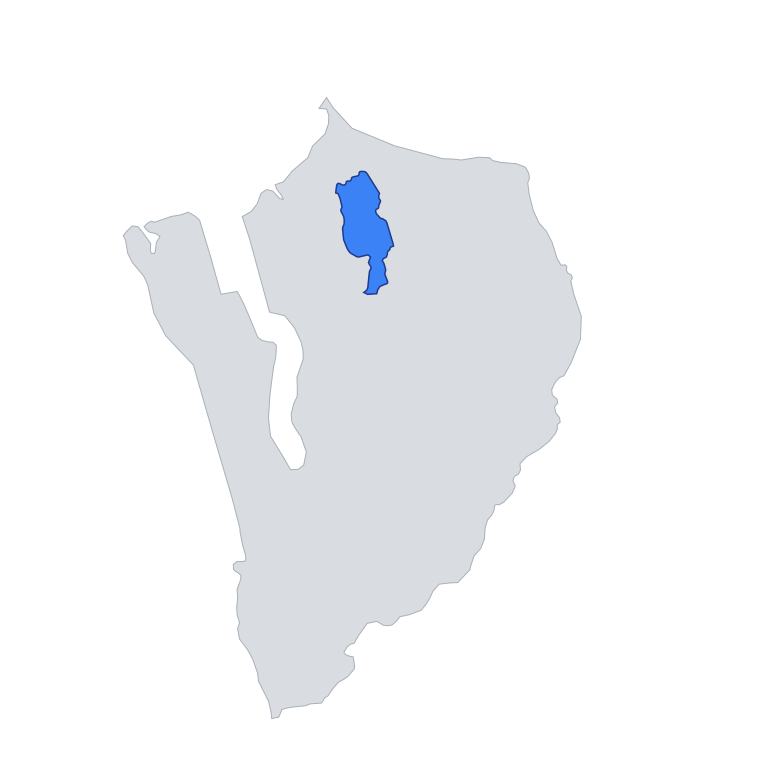 Diourbel on a map of Senegal (Albers equal-area conic projection), rotated 74°
{"feature_id": "SEN-763", "entity_name": "Diourbel", "entity_type": "Region", "adm_level": 1, "iso_a3": "SEN", "parent_name": "Senegal", "parent_adm1": "", "projection": "albers", "projection_center": [-16.16, 14.769], "detail": "fine", "context": "in_parent", "style": "filled", "palette": "blue", "viewbox_px": 768, "rotation_deg": 74, "n_neighbors": 0, "source": "natural_earth", "source_scale": "10m", "svg_char_len": 5283}
<svg xmlns="http://www.w3.org/2000/svg" viewBox="0 0 768 768"><g transform="rotate(74 384 384)"><path d="M586.1,352.4L595.2,367.8L593.4,375.3L591.6,386.3L596.8,394.2L602.7,399.2L607.0,403.9L611.7,410.4L612.7,423.5L612.1,432.9L615.2,437.1L617.8,442.5L617.4,447.0L615.8,451.0L610.2,456.3L609.5,466.2L618.8,477.8L624.9,484.2L624.9,487.9L626.6,491.9L631.0,496.6L633.7,495.4L636.6,491.5L637.8,488.8L645.8,489.8L649.5,490.9L654.8,498.6L656.7,503.7L658.1,510.1L663.5,518.1L668.3,523.7L669.3,527.3L673.5,532.0L671.2,542.7L671.6,548.2L669.1,562.6L668.6,569.4L668.8,571.9L675.2,576.9L674.7,584.1L668.3,583.0L657.2,582.4L635.0,586.6L627.4,585.2L612.8,586.0L602.4,588.2L589.3,593.2L579.0,592.2L573.4,588.6L566.1,588.9L557.9,587.1L549.1,583.6L541.0,581.9L532.3,575.5L528.3,574.3L525.5,576.1L523.1,578.4L520.6,579.7L515.9,578.6L514.1,574.1L515.5,569.8L515.9,566.5L513.7,564.7L508.4,564.2L499.9,564.3L486.2,563.1L483.1,562.3L452.4,561.5L420.6,561.7L393.6,561.9L359.6,562.0L335.6,562.0L313.3,562.0L296.1,570.9L277.5,580.5L252.4,585.7L223.4,583.8L214.2,585.2L204.6,589.4L197.6,592.5L187.6,594.3L174.8,592.8L169.6,593.7L166.3,589.3L162.7,582.3L165.0,577.1L172.8,573.8L184.7,569.5L190.8,571.7L194.4,571.8L195.1,569.0L194.0,567.5L185.1,563.7L180.5,558.7L176.6,561.7L173.3,567.8L170.6,569.6L166.6,571.3L164.3,567.1L163.3,563.1L165.2,560.0L164.3,542.4L165.4,533.0L164.9,524.8L170.4,519.5L175.7,516.1L196.3,515.9L215.5,515.6L234.0,515.8L252.8,515.9L254.6,499.6L260.5,498.3L269.5,496.6L286.0,494.5L304.5,492.5L308.4,489.3L311.5,483.9L313.4,479.0L317.2,476.9L322.4,478.5L329.2,481.0L336.2,485.0L344.3,488.6L349.7,490.9L362.6,496.5L384.7,504.4L402.9,507.5L424.7,501.4L440.5,497.5L442.4,490.4L439.9,483.6L428.0,477.4L412.0,478.3L407.1,480.0L399.7,482.1L395.2,483.0L387.6,481.6L378.0,476.2L371.9,470.8L363.5,468.3L353.5,465.8L337.4,454.6L329.0,452.6L321.1,452.1L305.9,454.4L291.1,460.5L283.3,474.2L268.5,474.0L236.9,473.6L207.9,473.2L184.0,474.1L181.6,464.2L175.9,456.3L166.7,449.5L164.7,443.2L167.9,437.8L176.8,433.3L178.8,430.1L174.1,430.6L167.1,433.4L162.4,433.6L161.9,424.9L154.1,413.7L145.4,394.8L135.5,387.0L127.2,371.6L118.6,365.7L110.6,363.0L103.8,363.5L101.2,370.5L92.8,360.3L104.4,356.8L129.3,344.3L157.9,308.3L183.5,265.6L186.9,255.5L190.0,247.9L192.1,230.4L195.7,220.0L199.2,218.0L203.5,210.0L208.7,196.1L214.6,188.3L221.2,186.8L226.3,187.4L230.0,190.3L240.7,192.1L258.4,192.7L272.2,190.6L281.9,185.8L294.6,183.3L310.4,183.1L318.6,181.1L319.4,177.0L321.5,175.8L324.8,177.4L327.9,176.8L330.8,173.9L333.7,173.7L336.6,176.1L349.8,176.8L373.3,175.7L395.1,182.8L415.2,198.3L425.6,208.7L426.3,213.9L429.7,219.1L435.7,224.4L441.2,225.3L446.1,221.9L450.0,222.2L452.9,226.3L458.6,227.0L464.9,224.5L469.5,225.3L470.3,227.7L471.4,229.0L474.5,229.5L478.6,232.6L484.5,240.8L489.4,252.4L493.3,267.2L498.2,275.3L504.2,276.5L507.7,279.5L508.4,283.0L510.2,285.4L513.1,286.7L518.2,285.9L524.2,290.8L530.7,301.6L531.8,306.6L530.8,309.2L531.3,311.1L535.5,312.9L539.6,316.4L543.0,321.8L550.1,326.4L561.1,330.4L569.0,336.6L574.0,344.8L584.0,351.6L586.1,352.4Z" fill="#d9dde1" stroke="#a8b0b8" stroke-width="1"/><path d="M272.5,350.8L275.1,351.0L275.5,351.2L276.5,351.9L277.2,352.3L278.6,352.8L279.5,352.9L285.7,352.3L286.9,352.4L287.7,352.6L288.0,353.0L288.3,353.5L288.8,359.3L289.4,361.4L291.8,364.1L295.2,366.1L293.3,375.0L290.4,378.2L289.1,374.8L286.9,373.0L274.5,368.1L271.4,366.7L269.2,364.5L267.5,364.3L264.9,365.2L262.9,365.4L258.2,362.0L257.9,362.3L256.7,362.9L256.2,363.2L255.8,363.6L255.6,364.1L255.4,364.6L255.0,372.8L254.7,374.0L254.5,374.4L254.3,374.9L249.2,379.9L248.8,380.2L246.5,381.3L243.3,382.1L235.4,382.9L234.1,383.0L223.8,381.1L222.5,380.7L221.6,380.3L220.6,379.3L219.4,378.4L218.5,378.0L215.3,377.0L212.2,376.6L211.2,376.7L206.3,377.7L205.6,377.7L205.0,377.6L204.2,377.1L203.7,376.7L202.9,376.0L202.5,375.7L201.6,375.5L193.6,375.1L189.4,375.5L188.2,375.9L187.1,377.7L185.1,377.0L180.4,374.9L179.2,374.2L178.9,373.8L178.7,373.4L178.6,372.9L178.6,372.3L179.0,371.6L179.7,370.7L181.1,369.2L181.6,368.3L181.8,367.5L181.7,366.9L181.6,366.3L181.3,365.9L181.0,365.5L180.6,365.2L179.7,364.8L179.3,364.5L179.0,364.2L178.9,363.7L178.9,362.9L179.1,362.1L179.4,361.1L179.4,360.7L179.4,360.2L179.2,359.8L178.9,359.5L178.5,359.2L178.1,358.9L177.2,358.5L176.8,358.2L176.6,357.7L176.5,357.2L176.3,356.0L176.4,355.5L176.6,354.5L176.7,352.0L176.6,351.4L176.4,350.9L176.1,350.5L175.7,350.3L175.3,350.1L174.4,349.8L174.0,349.6L173.5,349.1L173.3,348.8L173.2,348.3L173.7,346.2L174.2,344.7L175.1,343.3L176.9,342.3L199.5,335.8L199.9,336.0L200.1,336.2L200.3,336.4L201.4,337.1L202.3,337.4L202.9,337.5L203.8,337.6L205.1,337.4L205.9,337.2L206.3,337.0L206.4,336.9L206.5,336.9L207.0,336.9L207.4,337.0L210.6,339.5L211.0,339.8L212.5,340.4L213.2,340.8L213.5,341.2L213.7,341.7L213.7,342.3L213.8,342.8L214.0,343.3L214.3,343.7L214.6,344.0L215.1,344.2L215.7,344.4L216.5,344.5L217.8,344.4L218.9,344.1L223.4,341.8L224.2,341.2L224.5,340.0L227.5,337.3L229.7,336.8L252.7,336.6L254.1,336.9L254.1,337.8L254.2,339.0L254.3,339.6L254.5,340.1L254.8,340.5L255.1,340.8L255.5,341.0L256.2,341.3L256.5,341.5L256.8,341.9L257.3,343.3L257.6,343.7L257.9,344.1L258.3,344.3L260.7,345.4L262.3,346.5L262.6,346.8L262.8,347.3L262.9,347.8L263.0,349.1L263.5,350.4L265.1,351.7L267.6,350.9L272.5,350.8Z" fill="#3b82f6" stroke="#1e3a8a" stroke-width="1.5"/></g></svg>